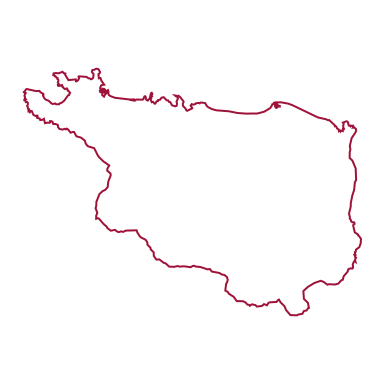 the district of Bolaang Mongondow Utara, Sulawesi Utara, Indonesia
{"feature_id": "22746128B96389329417801", "entity_name": "Bolaang Mongondow Utara", "entity_type": "district", "adm_level": 2, "iso_a3": "IDN", "parent_name": "Indonesia", "parent_adm1": "Sulawesi Utara", "projection": "natural_earth1", "projection_center": [123.364, 0.76], "detail": "fine", "context": "isolated", "style": "outline", "palette": "rose", "viewbox_px": 384, "rotation_deg": 0, "n_neighbors": 0, "source": "geoboundaries", "source_scale": "gbopen_adm2", "svg_char_len": 5828}
<svg xmlns="http://www.w3.org/2000/svg" viewBox="0 0 384 384"><path d="M355.7,128.6L353.9,127.5L353.1,127.6L353.7,126.7L353.2,126.0L353.0,126.5L351.0,125.6L350.4,126.3L350.0,125.6L348.9,125.6L348.2,124.0L348.3,122.8L347.3,121.5L346.3,121.3L342.9,122.6L343.7,123.8L343.1,126.1L343.4,126.7L343.2,127.9L344.0,128.7L343.8,129.3L342.9,129.3L342.8,131.1L340.8,130.6L340.6,130.7L340.6,131.3L340.5,131.5L339.9,130.6L338.9,131.2L338.7,129.5L337.0,128.4L336.5,126.9L335.0,125.5L334.8,125.8L334.4,124.9L329.1,120.0L328.2,120.3L326.1,119.3L317.8,117.4L292.5,105.2L288.1,103.6L280.9,102.3L275.4,102.3L273.9,102.9L274.0,103.2L275.7,103.1L277.3,104.2L278.1,105.6L279.8,105.9L279.8,106.6L278.4,106.4L276.6,107.9L276.2,107.9L275.6,107.5L275.1,106.5L275.0,103.8L272.5,104.2L272.2,103.6L272.2,105.0L270.2,108.1L264.2,111.7L257.3,113.5L245.9,113.6L237.5,113.0L229.0,111.3L216.3,110.3L211.7,109.0L208.2,107.2L206.6,105.7L205.2,103.1L201.1,102.5L200.3,102.7L199.7,103.4L198.5,102.9L195.7,103.4L195.4,104.0L193.2,104.7L191.7,104.1L190.6,105.6L192.3,108.0L192.1,108.4L187.2,110.8L186.4,110.4L185.5,108.5L183.0,105.9L182.8,103.8L183.6,101.9L183.4,101.2L180.2,97.1L178.4,95.7L177.5,96.2L177.2,97.1L178.0,98.3L176.5,101.8L177.0,103.2L176.7,105.8L175.2,106.3L172.0,105.3L170.3,102.2L169.0,101.9L168.3,100.5L166.7,100.3L163.7,97.2L161.5,97.7L160.1,99.7L158.0,100.1L157.9,101.1L156.6,101.3L155.3,103.6L154.6,103.7L153.0,101.8L151.7,102.2L150.6,99.5L151.4,98.0L150.9,97.0L152.1,96.2L151.4,95.2L152.4,93.9L151.7,92.8L150.9,93.3L149.7,98.8L148.6,99.3L147.8,100.6L146.7,100.1L145.9,98.9L145.7,96.9L145.0,96.2L144.4,96.5L143.2,99.3L142.4,99.7L136.5,99.5L134.4,100.7L132.3,100.3L133.4,99.8L134.6,100.1L134.3,99.4L129.7,99.5L115.0,97.8L110.5,96.1L108.9,95.0L108.3,93.8L108.5,91.6L108.0,90.1L107.2,90.6L106.1,93.6L105.3,94.1L104.0,96.6L102.2,95.1L102.4,93.1L102.1,92.0L100.9,91.3L100.7,93.0L99.8,90.7L100.7,89.6L100.1,88.1L101.0,85.6L102.0,85.0L104.2,84.7L101.4,80.7L100.5,78.0L98.9,78.3L98.4,74.2L99.8,73.0L100.1,72.1L98.4,69.1L96.3,68.7L93.9,69.9L92.4,70.1L91.9,71.2L92.0,72.2L93.6,74.0L93.2,77.7L92.1,78.9L90.9,79.3L89.8,78.4L88.4,78.3L86.6,76.9L78.9,76.3L78.5,76.7L79.1,78.3L78.1,80.2L76.5,81.4L75.9,81.3L75.8,79.4L68.4,80.1L65.0,74.4L65.3,73.5L63.7,73.2L62.5,71.8L58.4,73.4L56.2,73.0L53.6,73.4L53.3,75.2L54.3,75.4L55.0,76.4L55.5,76.2L56.6,77.7L57.5,78.0L57.4,79.0L58.2,79.5L58.4,80.8L57.8,82.6L59.0,84.2L57.8,84.8L58.0,85.7L59.0,86.0L62.0,85.1L62.2,86.6L62.9,86.7L63.1,87.5L64.8,89.1L66.9,88.4L67.6,89.4L67.6,90.6L68.6,91.0L70.1,92.9L69.5,93.5L69.2,95.0L68.1,95.3L64.2,100.7L61.4,102.9L59.7,103.4L59.2,104.2L56.1,104.3L55.3,103.5L52.8,104.0L51.1,103.3L51.0,102.8L48.4,100.6L46.0,99.8L44.6,98.6L43.0,95.8L43.0,95.4L43.4,95.7L43.4,93.9L40.5,92.3L39.4,90.9L36.0,91.1L26.7,89.0L25.8,89.6L24.5,91.8L23.0,92.2L24.8,92.2L24.9,93.2L25.6,93.2L24.4,95.9L25.0,96.9L24.9,98.1L25.8,99.2L24.4,99.5L24.3,100.2L25.3,100.5L25.8,102.1L26.8,101.8L27.9,102.9L27.8,104.6L27.1,106.0L27.7,106.6L27.9,108.6L28.5,109.4L29.1,109.3L29.5,110.4L28.5,110.6L28.5,111.5L29.4,111.4L29.9,112.2L30.7,111.0L31.8,111.1L33.5,115.0L36.2,116.2L36.7,115.6L37.5,115.7L37.6,116.5L37.0,117.1L37.2,118.0L39.7,118.5L40.2,120.0L42.1,119.9L43.9,118.8L45.0,123.2L47.8,122.6L49.6,122.8L50.1,122.4L50.1,121.1L51.5,121.2L52.5,121.9L53.2,124.0L55.4,124.0L57.8,124.9L58.0,127.1L59.4,128.9L62.5,129.6L64.6,128.8L65.8,129.4L66.8,128.6L68.3,129.7L70.6,132.7L72.5,132.0L74.1,132.0L76.4,136.3L81.0,137.6L84.9,140.7L85.7,143.6L87.8,146.2L94.2,148.2L97.7,155.2L99.2,157.3L103.3,161.3L109.2,165.5L107.4,168.6L107.2,170.7L110.5,173.5L110.7,175.5L108.3,181.4L107.7,187.1L105.2,189.9L102.6,191.1L99.5,194.0L96.4,201.8L96.3,205.5L95.6,208.3L97.3,212.7L96.2,215.8L96.2,218.8L97.7,218.2L98.8,218.5L103.4,223.8L106.6,226.6L107.4,228.1L110.8,230.7L115.0,229.9L117.4,231.7L118.8,232.1L121.1,231.4L123.2,231.9L125.8,230.6L136.6,230.3L137.3,232.4L139.8,236.4L141.4,237.7L145.4,239.6L147.2,242.0L147.5,244.8L150.4,247.6L150.8,249.5L153.7,252.3L153.8,255.9L156.4,259.6L159.3,259.4L163.9,262.9L165.7,263.4L169.1,266.6L174.2,266.8L177.7,266.1L179.6,266.6L184.1,266.3L190.7,267.2L192.7,266.0L194.3,265.8L195.5,266.5L200.4,267.0L207.7,269.4L209.9,269.0L211.7,271.5L219.5,273.0L221.5,274.4L224.4,275.0L227.0,277.1L227.7,279.6L227.3,281.8L226.1,284.0L225.3,290.6L227.8,291.9L228.8,293.7L233.7,296.8L236.7,301.1L243.0,301.2L245.3,302.3L247.3,304.5L249.2,304.9L249.8,305.8L251.9,304.3L255.4,305.1L257.0,306.6L262.0,305.9L264.0,304.1L267.0,305.3L268.2,303.2L269.3,302.4L276.6,301.9L277.7,300.3L279.0,299.6L280.5,302.3L284.5,306.2L286.1,310.1L290.4,315.1L297.0,315.3L298.5,314.5L302.4,313.8L303.9,311.0L306.5,310.5L308.2,308.1L308.9,307.9L307.9,302.8L303.9,298.9L303.4,291.6L303.4,291.0L308.0,286.8L314.3,283.0L320.7,280.8L323.5,281.8L327.4,284.7L329.0,284.2L334.9,284.5L338.3,283.6L341.2,280.4L342.8,279.7L343.7,276.2L347.6,271.7L348.3,269.2L350.7,268.3L352.1,268.6L353.0,267.9L352.8,264.3L353.9,261.6L354.6,261.1L355.5,261.8L355.0,259.7L356.0,257.8L355.0,256.9L355.5,255.3L354.5,255.2L354.2,254.7L355.1,253.5L354.9,252.1L355.6,251.9L356.0,249.6L359.3,247.2L360.7,243.3L361.0,238.9L359.0,236.0L358.2,235.5L358.0,234.5L354.8,232.4L353.2,225.8L353.4,224.6L354.5,224.0L354.4,222.9L354.1,222.3L352.2,222.2L351.1,221.3L350.7,219.6L349.8,218.7L349.8,216.5L349.0,213.7L350.7,206.7L350.8,203.0L352.3,195.6L354.1,190.0L354.9,182.1L356.1,180.2L355.7,168.4L352.4,160.6L349.7,158.0L349.7,152.3L350.4,149.4L349.8,146.0L351.6,138.2L355.4,132.5L356.2,130.6L355.7,128.6ZM104.2,88.9L102.5,88.7L102.4,89.9L102.9,92.3L104.3,92.5L104.7,91.0L104.2,88.9ZM276.7,107.8L277.4,106.9L276.1,106.2L275.6,104.5L275.4,106.9L276.7,107.8ZM277.3,106.2L277.6,105.7L277.2,104.7L275.9,104.1L276.1,105.5L277.3,106.2ZM105.5,92.6L105.8,91.6L105.5,90.8L104.9,91.9L105.5,92.6ZM176.6,96.5L176.3,95.7L175.0,95.5L176.0,96.4L176.6,96.5Z" fill="none" stroke="#9f1239" stroke-width="2"/></svg>